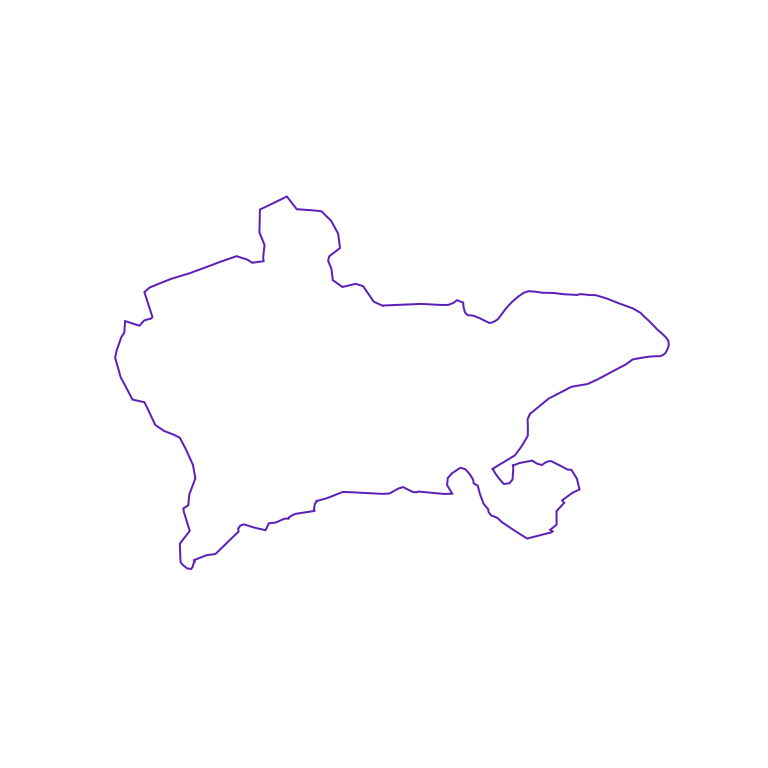 Dimnat Khadir, Ta`izz, Yemen, rotated 329°
{"feature_id": "15242507B32780307406374", "entity_name": "Dimnat Khadir", "entity_type": "district", "adm_level": 2, "iso_a3": "YEM", "parent_name": "Yemen", "parent_adm1": "Ta`izz", "projection": "natural_earth1", "projection_center": [44.257, 13.441], "detail": "fine", "context": "isolated", "style": "outline", "palette": "violet", "viewbox_px": 768, "rotation_deg": 329, "n_neighbors": 0, "source": "geoboundaries", "source_scale": "gbopen_adm2", "svg_char_len": 4330}
<svg xmlns="http://www.w3.org/2000/svg" viewBox="0 0 768 768"><g transform="rotate(329 384 384)"><path d="M386.0,513.1L386.0,503.2L388.3,500.1L390.0,497.7L390.2,497.4L390.4,497.4L391.9,496.9L394.9,496.0L396.0,495.6L403.0,495.2L403.9,495.2L405.8,495.2L406.0,495.2L406.3,495.2L407.2,496.0L409.9,499.1L410.2,500.7L411.1,505.7L411.1,507.7L411.1,512.1L409.7,515.3L412.0,519.5L409.5,527.9L408.9,531.3L407.8,537.5L407.7,538.0L408.8,545.0L407.7,547.7L407.9,549.3L408.1,551.8L409.0,552.9L412.2,557.1L412.4,557.9L412.7,558.6L413.6,562.1L413.9,563.1L414.7,564.9L415.5,566.4L417.0,569.7L420.5,577.2L422.6,581.4L427.1,590.2L451.2,597.4L452.6,597.1L451.3,594.6L459.5,593.5L466.4,581.8L477.2,578.7L476.7,575.5L489.3,574.3L493.2,574.7L497.3,575.1L500.2,565.7L500.6,564.8L500.5,559.6L500.5,558.3L500.5,554.2L497.3,551.9L494.2,546.7L487.7,536.4L486.4,535.5L484.2,534.7L482.3,534.5L480.2,534.5L478.4,534.8L477.3,534.5L474.1,531.0L471.6,526.0L459.1,521.4L455.2,520.8L452.6,520.0L451.7,522.4L445.0,532.1L440.4,533.6L440.1,533.5L435.2,531.4L434.6,528.3L433.8,523.1L433.7,521.4L433.4,518.9L433.4,517.7L433.4,513.9L433.2,512.7L441.8,512.6L444.5,512.6L446.0,512.6L447.6,512.6L451.4,512.6L452.1,512.6L459.4,512.6L461.8,511.6L469.6,508.4L470.2,508.1L476.4,504.7L476.5,504.7L480.6,502.4L484.3,496.5L488.9,488.2L490.6,487.0L491.9,486.1L493.8,484.8L495.8,484.5L517.6,481.3L541.2,482.8L543.2,482.9L543.7,483.1L558.3,488.8L566.9,489.8L568.4,490.0L595.1,491.4L601.5,491.8L609.7,491.0L618.8,494.4L624.4,496.7L629.9,499.4L632.9,501.1L635.1,502.4L636.6,502.6L637.8,502.8L641.0,502.5L644.3,500.6L647.7,497.9L649.4,495.0L650.0,492.5L649.6,489.3L649.6,489.0L647.6,481.6L646.7,479.5L643.5,466.0L641.4,458.9L640.6,455.3L636.1,447.2L627.2,436.2L618.5,424.9L610.9,416.6L605.9,413.6L601.6,410.2L597.7,407.6L596.3,407.4L595.8,407.4L583.7,399.2L576.4,393.4L566.4,387.1L560.5,382.2L555.5,378.8L550.9,377.8L543.8,378.2L536.0,379.6L531.2,380.9L526.2,382.5L521.4,384.6L514.6,387.2L509.7,387.2L506.8,386.4L505.8,386.0L499.7,376.6L496.8,372.7L495.0,370.8L493.3,369.6L491.7,368.6L490.7,366.9L490.3,364.2L491.7,359.4L493.0,356.5L493.8,355.0L489.8,349.8L485.0,350.2L480.0,349.3L479.7,349.2L476.6,347.4L474.3,346.1L456.8,334.3L452.7,332.1L428.0,318.6L424.6,316.8L423.3,316.1L423.2,316.2L417.6,308.3L416.5,289.6L416.4,289.3L411.4,283.6L398.3,279.4L393.6,268.6L398.3,258.1L399.6,249.5L402.9,246.3L416.3,244.8L418.3,240.3L422.1,231.6L422.7,218.2L422.7,216.7L420.1,207.0L419.5,203.9L412.6,198.6L399.2,189.2L397.3,173.3L392.0,172.8L368.7,170.7L367.5,170.6L355.3,189.9L353.2,203.3L345.8,213.0L344.0,216.7L333.5,212.2L330.9,207.0L324.1,199.3L323.5,198.5L318.3,197.4L308.4,195.3L306.4,194.9L288.4,191.6L284.8,190.9L284.5,190.8L274.5,189.0L273.1,188.6L260.0,185.3L255.3,184.2L247.7,182.9L233.0,180.6L225.9,181.9L220.0,207.4L217.8,207.9L216.5,207.5L213.3,206.5L211.4,206.0L204.5,208.0L204.3,207.9L204.2,207.9L194.5,196.7L187.8,206.3L183.2,208.4L172.6,217.1L167.1,222.9L161.7,242.9L161.4,250.8L160.4,267.8L169.3,276.3L168.0,290.0L166.8,301.3L170.1,308.3L171.4,311.1L177.7,319.2L181.3,324.8L181.2,327.1L180.6,337.0L179.8,344.4L178.6,354.8L173.7,367.8L173.0,368.3L160.2,378.4L153.7,387.2L150.8,387.3L148.1,387.2L146.8,389.7L144.3,399.8L141.8,409.9L136.0,412.1L126.8,415.7L121.5,425.2L120.0,428.0L118.0,431.6L118.0,434.2L119.1,437.5L119.2,437.8L119.3,438.0L120.1,440.5L123.4,443.2L125.5,442.4L128.4,439.7L130.0,439.2L130.3,438.5L130.0,437.7L130.4,437.1L143.8,439.4L152.0,442.9L169.5,438.8L183.3,435.6L184.6,432.8L188.0,431.4L191.7,432.2L192.6,433.2L198.4,439.8L200.3,441.7L203.1,444.4L207.1,448.3L207.5,448.1L213.5,444.1L219.8,447.0L223.2,447.4L223.7,447.5L224.7,447.6L225.0,447.6L229.7,448.3L232.7,450.2L233.3,450.3L233.7,449.3L238.1,449.3L241.2,449.7L253.7,454.8L258.8,456.9L259.2,456.9L259.4,455.4L262.9,451.2L265.3,450.3L265.5,449.5L274.8,452.1L276.3,452.5L281.2,453.3L281.5,453.4L289.0,454.6L292.1,455.1L293.1,455.3L294.8,456.4L299.3,459.4L300.2,460.0L300.6,460.2L304.5,462.8L305.1,463.2L305.9,463.8L306.1,463.9L310.8,467.1L320.6,473.7L325.9,477.3L332.4,480.7L336.3,480.8L342.5,481.0L347.1,482.2L347.5,482.4L347.8,482.9L350.5,487.5L353.7,492.0L356.9,493.9L357.3,493.9L358.1,493.9L358.6,494.3L367.2,500.6L373.3,505.1L375.6,506.8L376.3,507.3L376.5,507.4L379.3,509.5L379.5,509.6L383.0,511.5L384.4,512.3L385.0,512.6L385.4,512.8L386.0,513.1Z" fill="none" stroke="#5b21b6" stroke-width="2"/></g></svg>